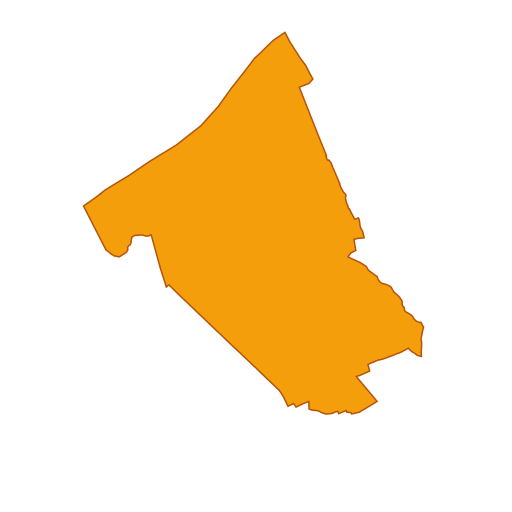 the district of Sabanagrande, Atlántico, Colombia, rotated 243°
{"feature_id": "7082276B21965352685989", "entity_name": "Sabanagrande", "entity_type": "district", "adm_level": 2, "iso_a3": "COL", "parent_name": "Colombia", "parent_adm1": "Atlántico", "projection": "orthographic", "projection_center": [-74.78, 10.803], "detail": "fine", "context": "isolated", "style": "filled", "palette": "amber", "viewbox_px": 512, "rotation_deg": 243, "n_neighbors": 0, "source": "geoboundaries", "source_scale": "gbopen_adm2", "svg_char_len": 6079}
<svg xmlns="http://www.w3.org/2000/svg" viewBox="0 0 512 512"><g transform="rotate(243 256 256)"><path d="M107.5,216.3L107.6,217.9L107.4,222.6L103.2,223.1L103.0,231.7L102.4,237.0L95.6,233.8L95.3,234.0L93.6,235.6L92.7,236.8L92.2,237.7L91.4,238.9L90.8,239.8L90.2,240.6L89.3,241.4L88.7,242.0L87.8,242.6L87.0,243.1L86.3,243.7L85.7,244.2L85.1,244.8L84.3,245.6L83.7,246.4L83.1,247.4L82.7,248.4L82.2,249.4L81.9,250.3L81.6,251.0L81.4,251.8L81.2,252.4L81.1,253.3L81.1,253.7L81.1,254.4L81.2,255.2L80.5,258.4L78.0,258.1L77.4,266.2L75.6,266.0L73.4,269.4L71.8,269.5L69.9,277.1L71.4,297.4L71.5,297.9L103.2,290.6L102.5,294.0L101.9,305.0L108.5,306.5L108.4,311.8L108.1,311.8L108.1,312.1L108.1,312.5L108.1,313.4L108.0,314.3L108.0,315.4L107.9,316.4L107.8,317.2L107.7,318.3L107.2,319.4L106.9,321.0L106.7,321.7L106.3,324.0L106.1,326.1L105.9,328.1L105.6,330.1L105.4,331.5L105.3,332.7L105.2,333.8L105.1,335.2L105.1,336.3L105.0,337.4L104.8,338.3L104.7,338.6L104.7,339.0L104.7,339.7L104.5,340.8L104.5,341.7L104.5,342.1L104.5,343.1L104.7,349.9L103.1,350.3L101.8,350.8L100.9,351.1L100.0,351.5L99.3,351.9L98.6,352.3L97.8,352.9L97.2,353.3L96.7,353.5L96.0,353.8L95.4,354.0L94.6,354.5L93.4,355.5L92.9,356.0L92.1,356.9L91.8,357.3L91.4,357.8L91.7,358.0L93.1,358.6L95.2,359.5L96.6,360.3L97.5,360.8L98.2,361.3L100.1,362.4L103.2,364.1L103.6,364.3L105.5,364.8L106.9,365.2L107.8,365.9L109.9,367.5L111.6,368.9L112.3,369.4L114.5,371.2L115.8,372.3L116.8,373.1L117.1,373.0L118.1,372.8L119.5,372.8L121.1,372.9L121.9,373.0L122.2,372.5L122.5,371.7L123.1,371.0L123.6,370.6L124.0,370.3L124.4,369.9L125.1,369.4L125.9,369.0L126.9,368.6L127.6,368.5L128.3,368.3L129.6,368.2L130.5,368.1L131.0,368.1L131.8,367.9L132.5,367.6L133.5,367.2L134.3,366.7L135.1,366.3L136.2,365.5L137.1,364.9L138.0,364.3L139.0,363.9L139.8,363.8L140.5,363.8L141.2,364.0L142.1,364.4L142.8,364.6L143.2,364.6L143.6,364.5L144.4,364.2L145.2,364.0L145.8,364.0L146.4,364.3L147.4,364.8L148.5,365.2L148.9,365.2L149.2,365.6L150.9,365.6L152.4,365.4L153.8,365.2L155.2,364.9L157.1,364.2L158.7,363.6L160.1,363.0L161.1,362.6L162.0,362.4L162.7,362.4L163.9,362.3L165.1,362.3L166.3,362.3L166.8,362.2L167.5,362.0L168.5,361.4L169.4,360.8L170.4,360.0L171.6,359.0L172.6,357.8L173.7,356.6L174.7,355.7L175.3,355.3L175.8,355.1L176.4,354.8L177.4,354.5L177.9,354.4L178.7,354.3L179.6,354.2L180.6,354.3L181.0,354.3L181.4,354.4L182.0,354.5L182.3,354.6L182.8,354.5L183.6,354.1L184.6,353.6L185.9,352.9L187.5,352.1L189.2,351.2L191.3,350.2L192.1,349.9L192.8,349.7L193.6,349.6L195.4,349.6L196.0,349.6L196.5,349.5L196.9,349.3L198.0,348.7L199.9,347.6L201.3,346.8L202.9,345.9L204.2,344.8L205.7,343.6L207.2,342.4L208.9,341.1L210.7,339.6L212.8,338.1L213.4,337.6L213.9,338.4L214.8,339.9L215.2,341.0L215.6,342.0L215.7,342.5L215.7,343.6L215.6,346.5L215.6,347.4L216.5,347.7L218.3,348.3L220.8,349.0L223.4,349.9L225.5,350.6L226.4,350.9L225.9,352.7L225.4,355.0L225.1,355.7L224.5,357.1L223.5,359.6L223.1,360.6L224.1,360.9L226.0,361.3L227.1,361.6L228.5,361.9L229.0,362.0L229.6,362.2L229.9,362.2L230.3,362.2L230.7,362.1L231.8,362.0L232.7,362.0L234.5,362.2L235.7,362.4L237.0,362.9L238.3,363.4L240.0,364.0L240.9,364.2L242.0,364.5L243.4,364.6L243.8,361.5L243.9,360.9L244.1,360.6L246.9,360.6L252.1,360.5L255.5,360.6L255.8,360.3L256.2,360.2L256.7,360.1L257.3,360.3L258.8,360.5L260.3,360.7L262.4,360.8L264.2,361.2L266.1,361.7L267.2,362.2L268.2,362.9L268.9,363.5L269.3,363.7L269.7,363.9L270.3,363.9L271.3,363.5L271.9,363.3L273.4,363.0L274.9,362.8L276.6,362.8L278.1,362.7L279.5,362.9L280.2,362.9L280.8,363.0L281.1,363.0L281.8,363.0L282.2,363.1L282.2,363.5L282.3,363.5L283.8,363.6L285.3,363.7L287.0,363.8L288.4,363.9L288.8,363.9L291.1,364.1L291.7,364.1L292.7,364.2L294.9,364.3L295.6,364.3L296.6,364.4L298.8,364.6L299.9,364.6L301.3,364.7L302.6,365.0L303.6,365.0L304.6,365.1L304.9,365.1L305.5,365.0L306.5,364.9L307.0,364.8L307.2,364.7L307.9,364.6L308.4,364.6L308.5,364.4L308.4,364.2L309.2,363.2L311.3,363.2L311.6,363.5L312.0,363.8L312.5,363.9L313.2,363.9L314.0,363.9L314.0,364.4L314.9,364.5L334.8,366.2L386.8,371.2L385.7,381.4L387.8,387.0L393.8,386.8L403.5,386.8L411.7,385.3L431.2,383.4L442.1,383.3L440.3,369.3L438.4,362.8L434.9,351.9L432.9,344.6L425.8,329.9L417.1,311.0L406.1,289.7L402.4,279.8L397.1,266.2L394.8,254.4L391.1,235.5L390.4,227.3L389.6,216.7L388.6,204.6L388.0,199.5L385.5,180.3L384.2,162.4L383.3,151.7L381.2,141.1L380.6,137.5L378.9,125.0L378.6,125.0L329.5,125.1L329.4,125.2L327.3,126.2L326.6,126.5L325.9,126.9L325.1,127.1L324.4,127.5L323.7,127.8L323.0,128.1L321.8,129.0L320.8,129.5L320.1,129.9L319.9,130.6L319.4,131.2L318.8,131.8L318.3,132.5L317.8,133.2L317.3,133.8L317.4,135.3L317.7,136.9L317.7,137.9L317.8,138.8L317.8,139.5L318.1,141.1L318.1,141.9L318.4,142.6L318.8,143.3L319.7,144.5L320.4,144.9L320.4,145.0L321.0,145.1L321.7,145.3L322.3,146.0L322.7,146.7L323.0,147.4L323.1,149.0L324.1,150.2L325.3,151.2L326.0,151.6L326.8,151.9L327.3,152.5L328.0,153.0L328.6,153.5L329.1,154.2L329.2,155.1L329.4,155.9L329.3,156.7L329.3,157.4L329.1,158.2L328.5,159.1L328.1,160.0L327.9,160.8L327.6,161.5L327.3,162.2L327.0,162.9L326.7,163.6L326.3,164.2L325.8,164.9L325.2,165.4L324.6,166.0L324.0,166.6L323.6,167.2L322.9,168.6L322.5,170.1L322.5,170.9L322.7,171.7L322.4,172.2L287.3,165.0L285.6,164.8L284.1,164.5L280.4,163.9L274.9,163.0L270.9,162.4L269.1,162.0L269.2,162.6L269.7,164.4L269.9,165.0L268.7,165.6L265.0,166.9L262.3,167.8L260.2,168.5L255.5,170.1L253.4,170.8L250.5,171.8L248.4,172.6L245.6,173.6L241.0,175.2L238.2,176.2L236.6,176.7L232.9,178.0L228.8,179.4L228.4,179.6L224.5,181.0L218.0,183.2L216.1,183.9L212.6,185.1L210.7,185.8L207.2,187.0L203.6,188.3L199.8,189.7L197.7,190.4L193.8,191.7L192.6,192.2L189.3,193.3L185.2,194.7L180.8,196.4L177.9,197.4L176.3,198.0L175.7,198.2L172.4,199.3L171.3,199.8L170.5,200.0L167.3,201.2L166.1,201.6L163.7,202.5L161.9,203.0L160.3,203.6L158.3,204.3L156.4,205.1L154.0,205.9L151.7,206.6L150.4,207.1L148.1,207.9L146.1,208.6L143.8,209.4L141.6,210.1L140.1,210.7L138.2,211.4L136.4,212.0L134.9,212.5L132.4,213.4L128.4,214.7L126.1,215.6L125.1,215.7L124.8,215.8L123.1,216.1L120.0,216.4L119.2,216.5L117.4,216.5L114.2,216.4L107.5,216.3Z" fill="#f59e0b" stroke="#b45309" stroke-width="1.5"/></g></svg>